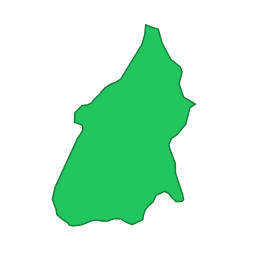 outline of Çankiri, rotated 98°
{"feature_id": "TUR-3009", "entity_name": "Çankiri", "entity_type": "Province", "adm_level": 1, "iso_a3": "TUR", "parent_name": "Turkey", "parent_adm1": "", "projection": "robinson", "projection_center": [33.484, 40.685], "detail": "fine", "context": "isolated", "style": "filled", "palette": "green", "viewbox_px": 256, "rotation_deg": 98, "n_neighbors": 0, "source": "natural_earth", "source_scale": "10m", "svg_char_len": 1022}
<svg xmlns="http://www.w3.org/2000/svg" viewBox="0 0 256 256"><g transform="rotate(98 128 128)"><path d="M25.7,113.8L25.9,111.8L39.2,106.1L54.2,95.0L60.3,84.8L64.9,82.3L77.3,83.5L89.6,77.3L95.0,64.6L97.9,68.1L99.7,69.6L116.0,71.3L127.6,78.3L132.2,83.5L138.2,85.3L143.1,83.6L156.4,76.3L166.3,74.6L186.8,64.5L191.1,63.0L193.0,64.1L194.3,70.2L190.5,75.2L187.2,78.5L185.7,83.1L190.5,90.6L198.0,93.1L201.9,96.6L206.3,99.4L211.5,100.5L216.8,100.7L223.1,110.4L221.6,116.5L219.0,122.6L219.8,129.3L222.9,135.1L223.8,140.5L223.4,146.0L225.1,151.8L228.3,156.7L230.2,160.5L231.6,164.7L232.6,168.6L232.3,172.6L230.5,173.8L227.6,180.2L223.9,186.1L221.6,187.1L219.0,187.7L209.0,193.0L197.0,192.0L161.9,181.5L144.6,176.3L140.8,174.2L136.8,172.7L134.2,172.6L131.9,173.5L130.5,177.8L129.9,181.8L120.6,182.8L112.2,176.7L110.8,171.4L108.0,167.4L104.0,165.3L98.5,160.7L96.4,159.8L91.6,156.4L87.4,151.9L84.5,146.7L80.8,142.1L43.5,125.9L33.5,124.4L23.4,124.8L25.4,116.3L25.7,113.8Z" fill="#22c55e" stroke="#15803d" stroke-width="1.5"/></g></svg>